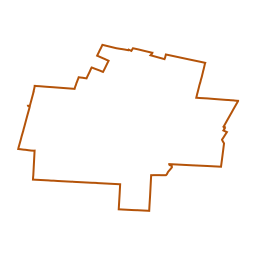 Dor Marunt, Calarasi, Romania, rotated 183°
{"feature_id": "2599482B33848106941365", "entity_name": "Dor Marunt", "entity_type": "district", "adm_level": 2, "iso_a3": "ROU", "parent_name": "Romania", "parent_adm1": "Calarasi", "projection": "robinson", "projection_center": [27.015, 44.463], "detail": "fine", "context": "isolated", "style": "outline", "palette": "amber", "viewbox_px": 256, "rotation_deg": 183, "n_neighbors": 0, "source": "geoboundaries", "source_scale": "gbopen_adm2", "svg_char_len": 3841}
<svg xmlns="http://www.w3.org/2000/svg" viewBox="0 0 256 256"><g transform="rotate(183 128 128)"><path d="M157.9,209.7L159.2,206.5L160.4,203.9L161.1,202.1L161.6,201.0L162.6,198.6L161.5,198.2L160.2,197.7L158.9,197.2L158.1,196.9L156.8,196.4L155.7,196.0L154.6,195.6L153.0,194.9L151.8,194.5L150.9,194.1L151.2,193.4L151.8,192.1L154.6,185.5L155.9,182.7L156.3,182.8L157.1,183.1L158.9,183.8L159.5,184.0L161.1,184.5L162.7,185.0L163.7,185.3L164.9,185.7L166.4,186.2L167.0,186.4L167.5,186.5L168.0,185.4L169.3,182.0L171.4,177.0L172.0,175.4L172.7,175.5L173.2,175.5L174.3,175.6L175.8,175.8L177.7,175.9L179.9,176.1L180.4,174.3L180.6,173.9L181.5,171.0L181.7,170.6L182.4,167.9L182.7,167.1L183.0,166.1L183.4,164.3L192.1,164.5L205.1,164.8L211.6,164.9L218.5,165.1L219.4,165.1L220.9,165.1L221.9,165.1L222.6,165.2L222.8,165.2L223.2,165.2L223.4,165.2L223.4,164.7L223.5,163.7L223.7,162.6L223.8,161.8L224.0,160.9L224.3,159.0L224.2,159.0L226.0,150.6L227.2,145.0L227.3,144.9L227.7,144.9L227.8,144.9L228.4,145.0L228.7,145.0L228.7,144.8L228.8,144.8L228.7,144.6L227.4,144.6L227.2,144.5L227.2,144.4L227.5,142.8L229.4,134.3L231.3,125.3L231.5,124.3L231.8,123.0L232.0,122.1L232.3,120.7L232.5,119.5L232.8,118.4L232.9,117.9L233.8,114.1L234.4,111.1L235.2,107.5L236.3,102.6L236.5,101.3L236.4,101.3L235.3,101.2L234.6,101.2L232.3,101.0L230.9,100.9L229.6,100.9L228.3,100.8L226.4,100.6L224.9,100.5L223.6,100.4L222.8,100.4L220.8,100.4L220.1,100.5L220.1,100.2L220.1,99.9L220.1,99.2L220.1,98.2L220.1,97.5L220.1,97.1L220.1,96.4L220.1,95.2L220.1,94.7L220.1,93.4L220.1,92.8L220.1,92.3L220.1,91.6L220.1,91.0L220.1,90.0L220.1,89.1L220.1,88.6L220.1,88.0L220.1,87.6L220.1,85.8L220.1,84.2L220.1,83.3L220.1,81.5L220.1,79.7L220.1,78.4L220.1,75.9L220.2,73.4L220.2,71.5L216.9,71.5L214.2,71.5L210.2,71.5L206.6,71.5L204.5,71.5L202.6,71.4L199.0,71.5L195.5,71.4L192.6,71.4L189.7,71.4L185.1,71.4L182.6,71.4L181.6,71.4L180.9,71.5L179.4,71.4L179.0,71.4L177.6,71.4L177.2,71.4L174.7,71.4L172.9,71.4L171.9,71.4L171.5,71.4L171.4,71.4L163.6,71.4L163.1,71.4L162.6,71.4L161.7,71.4L161.3,71.4L158.2,71.5L156.2,71.5L155.9,71.4L152.7,71.4L144.4,71.4L140.6,71.4L137.6,71.4L134.6,71.4L132.9,71.4L132.9,71.0L132.9,68.2L132.9,66.8L132.9,66.5L132.9,63.2L132.9,62.7L132.9,61.8L133.0,46.3L131.8,46.3L131.7,46.3L131.4,46.3L128.6,46.3L126.4,46.3L124.3,46.3L122.4,46.3L121.1,46.3L119.0,46.3L117.2,46.3L114.6,46.4L114.3,46.4L113.0,46.4L112.0,46.4L110.8,46.4L108.5,46.4L106.7,46.4L106.4,46.4L105.2,46.4L104.3,46.4L102.5,46.4L102.5,50.8L102.4,61.1L102.4,69.9L102.4,71.6L102.4,75.6L102.4,79.8L102.4,82.1L95.4,82.5L88.3,82.8L87.6,82.9L86.8,83.8L86.6,84.3L86.4,84.7L85.9,85.9L85.3,86.8L83.5,89.1L82.4,90.6L82.1,91.1L82.3,92.3L83.1,92.7L83.9,93.0L84.7,93.4L84.9,93.7L84.9,94.1L62.2,94.1L47.8,94.2L33.1,94.2L32.4,102.9L31.3,117.6L31.7,118.3L32.6,119.6L33.1,120.5L33.4,121.0L33.5,121.3L33.4,121.5L32.3,123.3L30.5,126.5L29.0,129.1L32.6,130.5L31.8,131.8L31.3,132.9L31.8,133.1L31.6,133.6L31.9,133.7L31.7,134.1L32.6,134.4L32.3,134.9L31.4,136.7L29.7,140.2L28.1,143.4L24.9,149.8L24.0,151.7L19.5,160.6L19.5,160.9L21.1,160.9L23.2,161.0L23.8,161.1L24.5,161.1L25.8,161.1L27.1,161.1L28.3,161.2L29.4,161.2L30.1,161.2L30.7,161.2L31.9,161.2L43.9,161.5L50.5,161.7L54.4,161.7L57.9,161.7L61.4,161.8L61.1,163.4L60.9,164.5L60.6,166.2L60.4,166.9L60.3,167.5L59.2,173.0L59.0,174.2L58.5,176.3L58.4,176.5L58.4,176.9L58.3,177.0L58.0,178.4L57.7,180.1L57.1,182.5L56.8,184.0L56.6,185.2L56.3,186.7L56.2,187.2L56.1,187.9L55.9,189.0L55.6,190.3L54.7,195.3L54.6,196.0L54.3,197.1L59.8,198.0L71.4,199.8L94.0,203.4L94.8,199.6L95.1,199.2L95.2,198.7L109.3,201.8L107.9,203.6L107.7,203.9L107.6,204.4L107.8,204.4L116.5,206.0L121.7,207.0L127.2,207.9L128.7,205.2L131.5,206.3L131.8,205.7L133.2,205.9L134.3,206.0L134.6,206.1L135.6,206.2L137.4,206.4L138.3,206.5L139.6,206.6L143.3,207.0L144.1,207.1L151.0,208.4L157.9,209.7Z" fill="none" stroke="#b45309" stroke-width="2"/></g></svg>